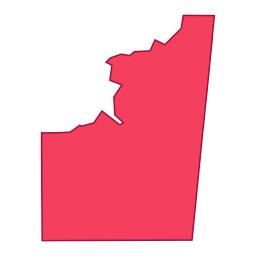 Lowndes, Mississippi, United States of America
{"feature_id": "52423323B34772057373171", "entity_name": "Lowndes", "entity_type": "district", "adm_level": 2, "iso_a3": "USA", "parent_name": "United States of America", "parent_adm1": "Mississippi", "projection": "albers", "projection_center": [-88.419, 33.516], "detail": "fine", "context": "isolated", "style": "filled", "palette": "rose", "viewbox_px": 256, "rotation_deg": 0, "n_neighbors": 0, "source": "geoboundaries", "source_scale": "gbopen_adm2", "svg_char_len": 673}
<svg xmlns="http://www.w3.org/2000/svg" viewBox="0 0 256 256"><path d="M42.2,240.6L192.0,240.1L192.7,233.2L197.4,185.6L202.9,129.9L203.2,127.9L204.1,119.3L205.9,101.2L206.1,100.2L206.3,98.2L206.7,94.2L207.1,90.8L207.1,89.7L209.2,69.5L211.4,46.5L211.5,46.2L212.1,39.8L212.2,38.3L213.1,28.1L214.4,15.6L183.3,15.4L181.1,28.6L164.8,44.7L155.1,39.9L150.0,50.9L134.3,51.7L129.8,55.6L121.1,54.2L110.1,58.1L106.1,62.2L111.9,65.4L109.9,80.3L121.9,84.9L113.9,97.0L114.8,114.8L123.3,122.7L119.8,124.9L101.9,111.0L100.6,113.1L93.8,122.9L81.5,126.2L79.8,125.2L70.3,132.1L57.6,132.8L41.6,132.9L41.6,154.2L41.8,183.1L42.2,240.6Z" fill="#f43f5e" stroke="#9f1239" stroke-width="1.5"/></svg>